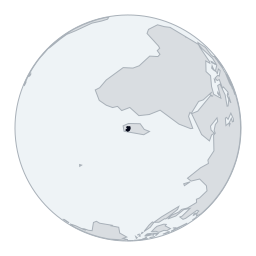 globe centered on Ihorombe, rotated 81°
{"feature_id": "MDG-5874", "entity_name": "Ihorombe", "entity_type": "Autonomous Province", "adm_level": 1, "iso_a3": "MDG", "parent_name": "Madagascar", "parent_adm1": "", "projection": "orthographic", "projection_center": [45.657, -22.685], "detail": "fine", "context": "on_globe", "style": "filled", "palette": "ink", "viewbox_px": 256, "rotation_deg": 81, "n_neighbors": 0, "source": "natural_earth", "source_scale": "10m", "svg_char_len": 6425}
<svg xmlns="http://www.w3.org/2000/svg" viewBox="0 0 256 256"><g transform="rotate(81 128 128)"><circle cx="128" cy="128" r="113" fill="#eef3f6" stroke="#a8b0b8"/><path d="M15.4,132.0L15.8,129.9L17.3,131.1L18.2,137.4L18.8,147.3L23.7,164.4L26.0,174.0L29.5,180.9L36.3,192.6L37.3,194.8L40.0,197.9L43.1,201.7L44.5,203.6L47.4,206.6L48.6,207.9L49.6,208.8L55.4,214.1L58.1,216.1L63.3,220.0L65.0,221.0L65.6,221.5L67.2,222.6L68.6,223.4L68.7,223.7L66.9,222.7L60.1,217.9L53.7,212.6L47.6,206.9L42.0,200.7L36.8,194.2L32.2,187.3L28.1,180.0L24.5,172.5L21.5,164.7L19.1,156.7L17.3,148.6L16.0,140.4L15.4,132.0ZM69.8,223.7L69.3,224.1L69.0,223.6L65.7,221.4L67.1,221.7L69.8,223.7ZM61.4,217.5L59.4,215.6L59.9,215.7L61.3,217.0L61.4,217.5ZM110.2,16.8L103.9,18.0L102.2,18.5L102.6,18.6L96.8,20.7L93.4,21.7L94.9,20.5L90.3,22.0L92.8,21.0L101.4,18.5L110.2,16.8ZM124.2,15.4L122.2,15.5L118.4,15.8L120.5,15.8L121.0,15.6L122.9,15.6L125.2,15.4L126.6,15.4L128.5,15.4L129.9,15.4L137.8,15.8L145.7,16.8L153.5,18.3L161.1,20.3L168.6,22.9L175.9,26.0L182.9,29.7L189.7,33.8L196.2,38.3L202.3,43.3L208.0,48.8L213.4,54.6L218.4,60.8L222.9,67.3L224.3,69.6L225.7,74.2L223.1,73.1L223.6,74.5L221.1,71.1L220.0,72.6L226.2,85.1L226.8,88.0L224.0,90.7L223.5,88.3L217.1,79.3L217.4,85.8L222.4,94.6L224.1,103.0L221.0,98.6L219.0,91.2L216.8,87.8L216.3,81.8L212.3,71.9L209.1,71.6L208.3,68.3L202.4,59.8L197.2,59.6L189.6,65.2L190.3,74.0L186.9,77.1L178.6,62.5L175.6,54.1L172.2,54.1L164.0,46.7L148.6,44.6L146.8,42.6L143.9,43.3L138.2,41.2L135.6,38.4L131.9,38.5L139.0,46.2L142.9,46.3L146.7,43.6L147.9,46.5L153.5,49.6L146.0,56.3L123.8,62.9L122.3,56.5L109.0,41.5L109.8,39.8L109.7,39.7L109.6,39.4L107.7,42.1L105.6,39.6L112.0,49.3L112.8,54.1L123.5,63.3L122.3,64.4L126.0,66.4L138.5,64.1L138.4,66.3L132.1,77.1L115.4,93.5L118.0,104.9L117.5,115.3L108.0,123.0L109.8,131.5L105.0,135.0L105.4,140.0L102.1,145.9L96.2,152.1L85.3,154.4L83.8,149.7L77.2,142.0L67.6,123.3L69.6,113.7L68.3,107.2L60.4,95.3L62.1,87.3L60.2,84.9L56.2,87.0L54.1,84.2L51.7,85.1L37.6,94.4L33.8,92.3L30.7,82.7L33.6,76.2L35.2,70.7L56.4,45.4L59.8,44.3L75.2,37.1L76.9,37.0L73.9,40.7L84.5,42.1L89.3,38.3L100.1,39.0L108.1,38.1L113.1,31.6L100.1,32.8L99.0,30.3L110.4,26.9L122.0,26.7L121.9,25.7L115.6,24.0L119.3,22.4L113.6,23.4L115.1,24.1L111.6,24.9L109.9,24.4L111.3,23.7L108.1,23.7L102.4,27.3L103.4,28.4L94.4,30.3L95.1,32.5L92.3,34.2L90.0,31.1L91.0,29.7L85.7,28.0L83.9,29.5L88.7,31.4L86.7,31.6L84.2,34.3L84.6,32.4L79.8,30.5L72.4,33.6L61.1,42.5L57.1,44.9L54.6,45.5L60.5,38.9L68.7,34.5L70.9,32.6L70.8,31.6L73.3,30.5L74.3,29.7L77.6,28.3L83.7,25.2L87.2,24.0L91.1,21.9L93.4,21.1L90.5,22.5L90.3,22.9L99.3,20.8L101.4,20.1L103.3,19.1L105.5,18.8L106.1,18.2L112.0,17.2L105.3,18.0L107.2,17.4L111.6,16.6L111.1,16.6L124.2,15.4ZM47.8,55.7L47.0,57.3L47.8,55.7ZM133.5,30.3L140.9,30.9L138.8,27.4L141.4,27.5L139.7,26.4L138.6,27.2L134.6,24.4L138.2,23.9L137.9,22.7L135.4,22.5L129.4,24.1L135.1,27.8L132.9,29.1L133.5,30.3ZM76.4,27.9L77.0,27.6L75.0,28.7L70.5,31.1L73.1,29.7L76.4,27.9ZM82.6,24.9L83.5,24.5L80.6,25.8L80.6,26.4L78.9,27.4L71.6,30.9L74.9,29.0L74.2,29.3L78.3,27.0L80.2,26.0L82.6,24.9ZM79.6,35.2L81.1,34.9L83.6,34.2L82.0,36.0L79.6,35.2ZM76.2,33.9L77.7,33.2L76.7,35.1L75.2,35.5L76.2,33.9ZM79.3,31.5L77.8,33.1L77.7,32.5L79.3,31.5ZM91.9,22.0L93.5,21.5L93.4,21.7L92.1,22.2L91.9,22.0ZM110.4,32.8L107.6,34.1L106.6,33.7L107.8,33.3L110.4,32.8ZM93.8,34.6L97.2,34.8L93.3,35.1L93.8,34.6ZM157.4,179.6L158.3,181.7L156.5,181.5L157.4,179.6ZM137.1,113.5L130.6,132.4L125.1,132.5L123.6,126.8L125.7,115.3L131.9,112.2L134.8,107.3L137.1,113.5ZM234.4,133.0L235.2,135.0L235.1,135.5L234.4,133.0ZM233.6,129.6L234.7,131.5L233.2,130.4L233.6,129.6ZM235.1,132.3L236.3,133.2L236.8,133.1L236.5,134.0L235.1,132.3ZM232.8,128.5L227.1,122.3L224.6,118.6L225.4,117.3L229.5,121.5L232.8,128.5ZM225.2,117.1L221.0,108.7L213.4,90.1L216.2,91.8L223.7,104.9L223.3,106.1L225.9,112.2L225.2,117.1ZM234.4,116.5L233.9,120.8L231.0,117.0L229.6,114.7L228.6,107.7L229.2,105.3L230.5,106.6L234.0,101.8L235.5,105.9L234.7,108.5L235.9,113.9L234.4,116.5ZM190.9,75.0L193.8,81.3L191.8,81.7L190.9,75.0ZM234.5,97.2L233.7,99.3L234.1,95.7L234.5,97.2ZM234.1,93.3L234.6,95.5L233.6,92.6L234.1,93.3ZM224.5,77.1L223.2,76.3L222.7,74.9L224.0,75.2L224.5,77.1ZM226.7,74.0L228.5,77.7L228.9,78.8L227.5,75.8L226.7,74.0ZM208.3,205.3L212.3,201.0L211.1,203.2L208.2,205.9L208.3,205.3ZM218.4,195.2L214.7,199.7L214.0,199.7L215.7,197.4L214.9,197.8L216.4,195.0L220.9,188.3L220.0,188.7L222.5,185.8L220.4,187.7L222.8,183.1L223.8,179.5L215.9,176.9L215.2,173.8L217.6,170.9L221.6,158.9L222.0,159.8L224.6,152.7L230.5,152.6L235.5,146.3L236.2,150.4L238.3,145.6L238.2,150.0L236.8,154.8L235.0,162.9L236.8,157.0L234.3,165.2L231.2,173.1L227.5,180.8L223.2,188.1L218.4,195.2ZM236.3,137.4L237.8,136.0L238.3,137.0L236.3,137.4ZM239.1,146.5L239.4,144.7L239.6,143.5L240.0,140.0L239.1,146.5ZM240.1,139.5L240.2,133.4L240.3,130.3L240.5,130.5L240.2,125.8L240.6,128.1L240.4,134.0L240.5,133.0L240.1,139.5ZM240.0,138.0L240.0,138.5L239.8,139.4L240.0,138.0ZM239.2,127.1L239.1,128.3L238.9,126.5L239.2,127.1ZM239.5,127.5L240.0,131.4L239.4,128.3L239.5,127.5ZM236.6,116.0L236.9,119.5L238.0,119.9L237.2,120.8L237.6,127.1L237.2,128.5L236.8,121.8L236.2,126.7L235.6,125.6L235.7,120.5L236.4,115.9L236.9,114.6L238.7,117.6L236.6,116.0ZM239.6,123.9L239.5,119.9L239.5,118.2L239.8,120.7L239.6,123.9ZM238.3,110.2L237.1,104.9L236.6,104.8L237.2,102.8L238.3,108.2L238.3,110.2ZM236.5,100.8L236.1,100.6L236.2,99.2L236.5,100.8ZM235.6,99.1L235.1,96.5L235.7,97.9L235.6,99.1ZM236.9,101.7L236.1,97.8L236.9,100.8L236.9,101.7ZM233.4,90.6L235.7,96.9L233.6,92.2L231.2,84.4L231.9,85.5L233.4,90.6Z" fill="#d9dde1" stroke="#a8b0b8" stroke-width="1"/><path d="M130.4,127.2L130.5,127.4L130.6,127.8L130.8,128.1L130.8,128.4L130.8,128.7L130.8,128.8L130.7,128.8L130.5,128.7L130.3,128.6L130.1,128.6L130.1,128.8L130.1,129.0L130.2,129.5L130.1,129.8L130.0,130.0L129.8,130.0L129.5,129.9L129.5,129.7L129.4,129.6L129.4,129.4L129.5,129.4L129.5,129.2L129.4,129.0L129.3,128.9L129.2,128.8L129.2,128.7L129.0,128.3L129.0,128.2L128.9,128.1L128.7,128.1L128.4,128.0L127.9,128.1L127.6,128.3L127.5,128.6L127.5,128.8L127.4,128.9L127.2,128.8L127.2,128.7L126.9,128.7L126.8,128.4L126.9,128.2L126.9,127.9L127.0,127.9L127.0,127.7L127.2,127.4L127.3,127.3L127.3,127.2L127.4,126.9L127.3,126.7L127.2,126.5L127.2,126.4L127.3,126.4L127.5,126.4L127.6,126.1L128.0,126.2L128.4,126.2L128.7,126.2L129.0,126.3L129.4,126.5L129.5,126.9L129.6,127.1L129.8,127.1L130.0,127.1L130.4,127.2Z" fill="#0f172a" stroke="#020617" stroke-width="1.5"/></g></svg>